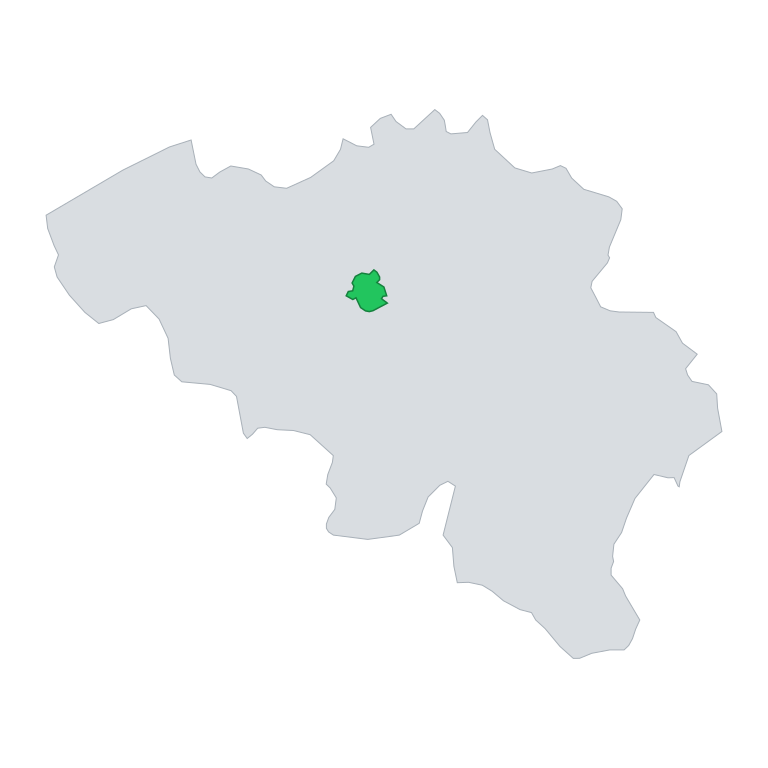 Brussels highlighted on a map of Belgium
{"feature_id": "BEL-3474", "entity_name": "Brussels", "entity_type": "Capital Region", "adm_level": 1, "iso_a3": "BEL", "parent_name": "Belgium", "parent_adm1": "", "projection": "albers", "projection_center": [4.373, 50.84], "detail": "fine", "context": "in_parent", "style": "filled", "palette": "green", "viewbox_px": 768, "rotation_deg": 0, "n_neighbors": 0, "source": "natural_earth", "source_scale": "10m", "svg_char_len": 2453}
<svg xmlns="http://www.w3.org/2000/svg" viewBox="0 0 768 768"><path d="M343.1,138.8L356.7,145.8L368.7,147.3L374.0,144.2L370.6,127.4L380.3,118.4L391.1,114.3L396.0,121.5L406.0,128.9L413.8,128.9L434.8,109.6L439.7,113.4L444.3,120.2L445.3,125.7L446.2,131.5L450.9,133.9L467.5,132.5L475.9,122.0L482.5,115.4L487.5,119.8L490.0,132.6L494.7,149.3L514.8,167.9L531.7,173.0L552.3,169.0L560.4,165.6L566.0,168.3L571.7,178.1L583.8,189.3L608.9,196.9L616.7,201.3L622.2,208.8L620.8,219.7L609.4,247.1L608.0,255.1L609.6,257.8L607.4,262.9L592.1,281.3L590.8,287.8L596.2,298.1L600.6,306.7L600.6,306.8L610.1,310.8L619.0,312.0L635.7,312.2L653.5,312.4L655.8,317.5L676.1,331.7L682.5,343.2L697.2,354.2L685.6,368.7L687.6,375.0L692.0,381.4L708.4,384.8L716.7,393.9L717.6,408.2L721.9,431.5L688.9,455.5L679.9,481.7L679.2,486.8L678.0,486.1L674.1,477.6L668.0,477.8L654.0,474.5L635.0,498.4L626.5,518.1L621.6,532.5L613.9,544.2L612.6,556.4L613.6,561.5L611.1,568.2L611.1,575.1L622.6,588.7L625.6,596.0L639.8,620.0L635.7,629.0L632.5,638.6L628.7,645.5L624.1,649.9L609.8,649.9L591.7,653.3L579.6,658.3L573.3,658.4L560.0,646.5L545.1,628.6L535.7,620.0L531.5,612.6L520.0,609.6L503.5,600.8L492.1,591.2L482.3,585.2L468.6,582.3L457.3,582.7L453.9,566.3L452.4,547.6L443.1,535.1L455.4,486.1L447.9,481.3L439.8,485.3L428.1,497.0L422.5,511.0L419.2,523.3L399.3,535.1L367.8,539.4L333.4,535.1L328.6,531.9L326.4,528.3L326.4,524.0L328.8,517.4L334.8,509.4L336.3,497.9L330.2,488.0L326.2,484.1L327.8,474.5L332.4,462.4L333.3,455.6L310.2,434.7L293.5,430.5L277.2,429.7L264.9,427.3L257.7,428.2L252.5,434.2L247.2,438.5L243.4,433.2L236.5,396.4L231.1,390.7L210.2,384.4L181.8,381.8L174.3,375.0L170.4,358.3L168.1,338.3L159.1,319.1L154.4,314.2L146.1,305.6L131.3,308.8L113.3,319.6L102.8,322.4L98.8,323.5L84.9,312.4L69.4,295.2L57.1,277.0L54.3,266.9L58.5,254.9L54.1,245.6L47.7,228.5L46.1,215.2L122.9,170.1L169.4,147.0L191.1,140.0L196.0,164.2L199.9,171.9L205.0,176.9L211.8,178.0L219.7,172.1L230.8,166.0L248.4,169.0L261.2,175.0L265.7,181.0L274.2,186.8L286.6,188.3L310.7,177.4L333.7,160.8L340.5,149.3L343.1,138.8Z" fill="#d9dde1" stroke="#a8b0b8" stroke-width="1"/><path d="M387.3,303.1L373.0,310.7L369.3,311.6L365.5,310.9L360.6,307.6L356.0,297.8L352.8,299.5L346.2,295.8L348.3,291.5L352.7,290.8L353.9,286.1L352.1,283.0L355.4,276.4L361.8,273.1L369.3,274.4L373.9,269.9L376.9,272.2L379.6,277.0L379.6,279.7L376.8,282.5L383.9,287.0L386.7,295.8L383.0,296.3L381.5,298.7L387.3,303.1Z" fill="#22c55e" stroke="#15803d" stroke-width="1.5"/></svg>